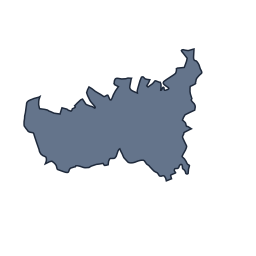 Thai Hoa, Nghệ An, Vietnam, rotated 155°
{"feature_id": "81297802B32908759949092", "entity_name": "Thai Hoa", "entity_type": "district", "adm_level": 2, "iso_a3": "VNM", "parent_name": "Vietnam", "parent_adm1": "Nghệ An", "projection": "albers", "projection_center": [105.442, 19.294], "detail": "fine", "context": "isolated", "style": "filled", "palette": "slate", "viewbox_px": 256, "rotation_deg": 155, "n_neighbors": 0, "source": "geoboundaries", "source_scale": "gbopen_adm2", "svg_char_len": 5634}
<svg xmlns="http://www.w3.org/2000/svg" viewBox="0 0 256 256"><g transform="rotate(155 128 128)"><path d="M194.5,193.7L195.7,193.6L200.8,194.5L203.2,194.6L204.3,194.7L205.6,194.7L206.6,194.7L207.3,194.5L207.8,194.4L208.9,193.8L209.2,193.4L209.6,193.0L209.9,192.4L210.3,191.8L214.6,185.1L216.6,182.5L217.7,180.4L219.5,177.7L220.5,175.6L220.8,174.9L221.1,174.1L221.2,173.6L221.1,173.2L220.7,170.8L220.1,168.4L220.0,167.6L219.8,167.1L219.5,166.6L219.0,166.0L217.9,165.1L217.3,164.7L216.7,164.3L216.1,163.8L215.9,163.2L215.8,162.7L215.9,162.1L216.0,161.4L216.3,159.2L217.0,153.1L217.7,146.1L217.9,145.2L218.1,144.4L218.1,142.8L218.0,142.0L217.9,141.1L217.6,140.5L217.2,139.7L217.0,139.2L216.3,138.4L215.7,137.7L215.2,137.1L214.8,136.5L214.7,136.1L214.8,135.2L215.0,134.7L215.2,134.0L215.5,133.5L215.8,132.9L216.8,131.7L218.1,130.5L213.4,130.6L211.7,130.3L211.3,130.1L210.9,129.9L209.8,127.8L209.2,126.1L209.0,124.9L208.9,124.3L209.4,121.7L209.5,120.6L209.3,120.1L207.0,117.8L205.3,116.1L203.4,114.3L202.0,113.4L201.3,113.2L201.1,113.2L200.7,113.3L200.3,113.5L198.7,115.1L198.0,115.5L197.4,115.8L197.1,115.9L193.2,115.4L192.2,115.1L191.8,115.3L191.4,115.7L191.2,115.8L189.8,115.2L187.7,113.6L185.8,111.8L185.1,111.1L184.0,110.3L183.4,110.0L181.9,109.4L180.1,108.7L177.5,109.0L172.1,108.4L169.3,107.5L165.6,106.5L165.2,104.1L163.8,103.5L162.2,103.2L161.5,103.1L159.7,106.0L157.9,107.6L157.2,107.8L156.7,107.8L155.7,107.3L153.6,106.4L152.5,106.4L152.0,106.6L150.6,107.4L146.9,111.3L145.4,112.4L144.2,112.6L144.3,110.3L144.3,108.7L144.2,107.5L144.2,107.0L144.3,104.4L144.3,102.9L144.0,101.9L143.4,100.0L142.5,97.2L142.2,96.7L141.9,96.4L141.6,96.1L140.6,95.4L138.5,94.5L137.0,94.2L135.5,94.0L134.6,94.0L132.5,93.8L130.8,93.5L129.7,93.2L128.5,92.7L127.7,92.3L127.4,91.9L127.2,91.6L127.0,91.2L126.7,89.4L126.4,87.8L126.2,87.2L126.0,86.9L124.9,85.0L124.4,83.1L123.5,80.4L122.7,78.1L122.0,77.0L121.3,76.1L120.4,75.0L120.2,74.3L119.8,71.5L119.5,71.0L118.8,70.6L118.3,70.3L117.0,70.1L116.4,70.0L116.0,69.7L115.7,69.4L115.5,69.1L115.3,68.5L115.1,66.9L115.2,65.9L115.6,63.9L114.1,63.8L111.7,63.7L110.0,63.6L109.8,64.9L109.5,66.8L109.2,67.2L108.4,67.3L107.6,67.3L103.9,67.2L103.7,67.5L104.0,68.8L104.1,69.7L103.9,70.2L103.5,70.7L103.0,71.2L102.5,71.3L101.7,71.0L100.8,70.6L100.1,70.4L99.2,70.5L98.8,70.7L98.5,71.0L97.5,72.0L97.1,72.3L96.7,72.5L95.6,72.7L95.1,72.5L94.7,72.1L94.7,71.6L94.9,70.7L94.9,70.2L95.1,69.8L95.5,68.9L95.6,68.2L95.4,67.4L94.7,66.2L94.6,65.3L94.4,64.0L94.7,63.3L94.8,62.9L94.8,62.4L94.4,61.7L93.8,61.3L93.1,61.3L92.7,61.4L91.6,63.3L90.6,65.1L88.2,67.9L88.3,68.5L89.2,69.7L89.3,70.0L89.5,70.8L89.5,73.3L89.9,76.1L91.0,78.9L91.0,79.2L90.6,79.8L89.0,81.1L86.6,82.8L85.2,83.8L83.5,85.4L83.0,86.0L82.6,86.6L82.5,87.3L82.6,92.1L82.6,95.0L82.6,95.8L82.5,96.3L82.4,96.8L81.9,97.5L81.3,98.0L80.9,98.3L80.2,98.8L79.2,100.2L77.9,100.3L73.0,100.5L70.9,100.5L72.6,103.2L73.2,104.1L73.8,104.5L74.2,104.7L74.3,105.1L73.8,108.1L73.9,108.7L74.1,109.4L74.5,110.4L75.3,112.2L73.0,114.3L71.1,115.6L70.4,115.9L69.6,115.9L65.1,116.0L60.0,116.0L58.2,118.6L57.8,119.7L57.7,121.0L57.8,122.1L58.8,125.1L58.9,126.7L57.7,127.6L57.1,132.4L56.5,134.6L54.9,138.0L54.0,139.4L51.2,139.4L48.3,139.6L47.9,139.8L47.6,140.7L46.8,141.6L45.9,142.9L45.0,143.8L44.1,144.3L43.1,144.8L41.5,145.5L40.0,146.0L38.9,146.3L37.8,146.8L37.4,148.1L37.4,149.4L37.5,151.0L37.3,152.7L37.1,154.2L37.0,155.2L37.1,156.9L37.4,158.7L37.8,159.9L38.9,160.9L39.4,162.0L39.1,163.4L38.6,164.6L34.8,171.7L36.4,172.0L39.1,172.4L40.4,172.6L41.4,173.1L43.6,174.6L44.8,175.6L45.9,176.0L46.9,175.6L46.9,174.9L46.8,174.1L46.6,173.4L44.9,166.2L46.9,163.6L51.4,159.1L57.9,161.4L59.1,161.3L59.5,160.2L60.0,159.4L60.7,158.5L61.4,157.8L61.9,157.4L63.9,156.9L72.9,155.6L74.9,155.2L76.1,154.9L77.0,154.0L77.1,153.3L77.0,152.4L76.7,151.7L76.3,150.8L74.4,147.6L74.3,147.0L74.3,146.7L74.5,146.4L75.6,146.1L77.7,146.3L78.5,146.5L78.9,146.8L79.0,147.5L78.5,149.0L78.4,149.5L78.5,149.8L79.0,150.1L79.3,150.1L81.3,148.5L81.7,148.2L82.4,148.4L81.4,150.0L80.2,152.3L79.6,153.9L79.5,155.9L80.3,156.3L82.8,158.9L83.3,159.2L83.7,159.3L84.7,158.8L86.9,157.8L92.5,156.7L93.2,158.3L90.0,160.5L87.8,162.5L90.2,164.0L91.1,164.8L91.7,165.3L92.4,167.2L92.6,167.7L92.8,168.0L93.4,168.3L94.3,168.4L97.3,165.6L102.6,159.5L104.0,157.7L104.7,155.7L107.2,158.4L108.6,160.2L109.2,161.2L109.3,161.8L109.5,162.7L109.5,163.2L109.3,164.0L109.0,164.5L108.5,165.4L107.1,167.3L104.4,171.1L103.8,171.6L107.0,173.3L109.2,173.6L113.0,175.1L115.6,176.9L116.9,177.7L117.8,177.9L118.0,177.9L118.3,177.9L119.0,177.7L119.7,177.1L120.3,176.6L120.9,175.7L121.3,175.0L121.4,174.6L121.8,174.4L121.7,173.5L121.9,173.1L119.2,169.5L123.6,167.0L127.2,164.3L130.1,161.5L131.5,160.6L132.0,160.8L132.4,161.3L132.4,166.1L132.5,166.3L132.8,166.5L133.2,166.6L134.5,166.5L135.1,166.4L136.1,166.5L136.7,166.8L138.6,169.9L140.9,173.2L142.2,175.1L143.7,178.1L144.0,178.7L144.7,179.8L146.0,181.7L148.5,179.7L149.7,178.4L150.5,177.6L150.7,176.5L150.9,174.5L150.8,169.1L150.6,167.5L149.1,162.3L149.0,161.6L148.9,161.0L149.0,160.5L149.3,160.2L149.6,160.1L150.0,160.3L150.9,161.9L151.7,162.8L152.8,163.6L155.9,166.9L156.2,167.8L156.4,169.2L157.0,173.4L158.3,173.5L158.9,173.5L159.5,173.3L163.6,172.0L165.3,171.3L167.0,170.7L166.8,169.8L167.0,169.2L167.4,169.0L168.1,168.9L169.3,168.9L170.2,168.9L170.6,168.7L170.9,168.2L171.3,167.9L171.7,167.6L172.3,167.4L172.6,167.4L172.9,167.6L173.4,168.3L174.4,169.0L175.4,170.9L179.3,174.2L182.0,171.3L183.7,169.4L188.8,172.7L191.1,175.4L192.4,176.7L193.4,178.3L195.5,180.0L198.3,181.8L199.9,182.8L199.9,183.5L199.7,184.3L199.2,186.7L197.8,189.6L196.6,191.5L194.5,193.7Z" fill="#64748b" stroke="#1e293b" stroke-width="1.5"/></g></svg>